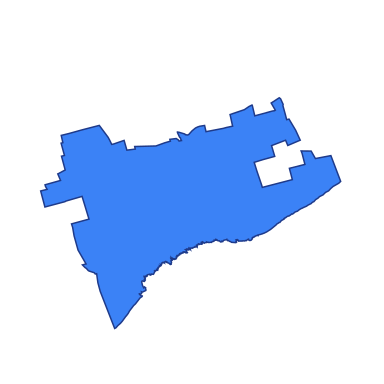 the district of San Felipe, Yucatán, Mexico, rotated 159°
{"feature_id": "50627088B38726210466963", "entity_name": "San Felipe", "entity_type": "district", "adm_level": 2, "iso_a3": "MEX", "parent_name": "Mexico", "parent_adm1": "Yucatán", "projection": "orthographic", "projection_center": [-88.314, 21.495], "detail": "fine", "context": "isolated", "style": "filled", "palette": "blue", "viewbox_px": 384, "rotation_deg": 159, "n_neighbors": 0, "source": "geoboundaries", "source_scale": "gbopen_adm2", "svg_char_len": 5987}
<svg xmlns="http://www.w3.org/2000/svg" viewBox="0 0 384 384"><g transform="rotate(159 192 192)"><path d="M313.1,92.3L311.6,92.5L309.0,93.9L305.9,95.0L303.3,96.4L298.1,99.8L297.8,99.8L295.0,101.6L293.0,103.3L287.2,106.9L284.9,107.8L278.5,111.7L276.1,112.3L275.7,112.7L275.8,112.9L276.3,112.8L276.5,113.0L277.7,115.3L277.7,115.8L277.4,115.8L277.0,115.4L276.8,114.9L275.5,115.3L275.0,116.9L274.6,116.3L270.4,116.6L270.0,117.5L269.9,118.9L269.6,119.3L269.9,119.7L270.1,119.7L270.4,120.4L271.4,119.9L271.7,122.5L271.2,126.1L270.5,126.8L270.0,126.7L268.7,125.6L268.1,125.8L267.2,126.5L267.3,126.8L268.0,127.1L267.9,127.4L267.6,127.7L267.3,127.6L266.9,127.9L266.8,128.4L266.6,128.2L266.5,128.6L267.1,129.8L267.0,130.3L266.6,130.0L266.2,130.2L265.7,130.2L265.4,129.7L265.2,129.8L264.9,129.5L264.5,130.0L263.9,129.7L263.6,130.6L262.5,130.7L261.3,130.1L260.9,129.6L260.7,129.8L260.5,129.6L260.4,130.0L260.1,129.6L259.8,129.5L259.2,129.6L259.1,129.8L257.6,129.0L257.2,129.2L255.6,130.7L255.2,131.3L255.3,131.8L254.8,132.0L254.3,131.7L254.3,131.4L253.9,131.6L252.9,131.4L252.7,132.5L252.3,132.4L252.4,132.1L252.0,131.6L251.6,132.7L251.3,133.1L251.0,132.8L250.9,133.1L250.6,133.2L250.3,133.9L249.3,133.8L248.7,134.2L248.7,134.6L248.4,134.3L248.0,134.7L247.6,134.3L247.3,134.5L247.3,135.5L246.7,134.9L246.5,135.1L246.6,135.5L246.1,135.6L245.6,136.0L245.6,136.5L244.5,136.8L244.2,136.7L243.9,136.1L243.6,136.2L243.3,135.8L243.3,136.3L243.0,136.2L242.9,136.5L241.5,136.6L241.4,136.0L240.9,136.1L240.4,135.5L240.7,135.2L239.0,133.7L238.3,132.2L238.0,132.0L237.4,132.0L237.4,132.8L236.8,132.9L236.4,133.5L236.3,135.3L235.3,135.5L235.4,136.3L235.0,135.8L234.9,136.4L235.3,136.8L235.4,136.7L235.5,137.3L235.2,137.8L235.2,138.2L235.1,138.4L234.9,137.5L234.5,137.1L234.3,137.3L234.1,137.1L234.2,136.8L234.1,136.7L233.9,136.9L233.7,136.3L233.5,136.5L232.8,136.2L233.0,135.7L232.9,135.6L232.7,135.9L232.4,135.9L231.9,135.3L231.1,135.3L231.0,135.5L230.7,135.4L230.2,136.0L230.1,136.6L229.7,136.3L229.3,136.8L229.0,137.2L229.1,137.8L228.8,138.0L228.6,137.4L228.2,137.2L228.0,137.3L228.0,137.7L227.1,137.6L226.8,137.7L226.9,138.0L226.5,138.1L226.0,137.9L225.9,138.1L225.4,138.2L225.5,138.8L224.9,138.7L224.8,138.9L224.6,138.9L224.2,138.3L223.7,138.4L223.6,138.7L223.0,138.8L222.9,138.5L222.4,138.3L222.2,138.9L221.6,139.3L221.0,138.6L220.5,138.8L220.0,138.0L219.7,138.1L219.6,137.5L219.1,137.4L219.0,137.2L218.5,136.9L218.0,137.1L218.1,137.4L218.4,137.4L218.6,137.8L218.3,138.8L218.2,139.8L218.6,140.5L217.4,140.2L217.5,140.0L216.5,139.3L215.8,139.1L215.6,139.1L215.6,139.3L216.0,140.0L215.5,139.7L215.2,140.3L215.1,139.9L214.3,139.5L214.1,139.0L214.0,139.6L214.3,139.6L214.5,139.9L214.0,140.4L213.8,140.0L212.5,139.9L212.3,139.6L211.4,139.3L211.0,139.8L209.2,139.5L208.9,139.9L208.3,139.4L207.3,139.2L207.1,138.9L207.0,139.6L206.6,139.4L206.4,139.7L206.9,140.7L206.2,140.8L205.4,140.5L204.6,141.4L204.0,141.0L203.8,140.4L202.9,140.4L201.5,139.7L201.2,139.8L201.0,140.1L201.5,141.3L201.4,141.7L201.2,141.7L201.3,141.4L200.3,141.1L200.0,141.6L199.4,140.9L199.4,140.3L198.9,139.8L197.8,140.0L196.5,139.6L196.0,139.7L196.0,139.9L195.5,139.4L195.0,139.4L194.6,138.9L193.4,138.5L192.9,138.5L191.7,137.9L191.0,138.5L190.4,138.5L189.9,138.2L188.9,138.3L188.6,138.7L188.6,139.0L187.2,138.5L187.1,139.3L186.9,139.4L186.4,138.9L186.1,138.8L185.9,138.6L186.1,138.3L185.6,137.5L184.4,136.7L183.9,136.6L183.3,135.2L182.9,135.0L181.6,134.8L181.5,135.3L181.0,134.9L180.9,135.1L180.4,135.1L179.8,135.5L179.2,135.5L177.2,135.2L176.6,135.4L176.4,135.3L176.6,135.0L176.3,133.9L175.5,133.8L174.7,132.5L173.9,132.0L173.2,130.9L169.2,129.0L168.4,129.2L168.4,129.8L168.6,130.4L167.4,130.7L167.4,131.2L167.6,131.5L166.8,131.4L166.4,130.4L166.1,130.3L166.2,129.5L162.3,128.1L161.9,128.2L160.6,127.5L159.9,127.4L159.6,127.6L158.7,127.1L157.2,127.7L156.1,127.7L156.2,126.8L155.8,126.2L155.1,125.9L154.2,125.8L153.6,126.0L153.1,126.5L152.5,126.6L152.2,127.6L151.7,127.9L151.0,127.6L150.6,127.8L150.0,127.7L149.7,128.1L149.2,127.9L148.4,128.2L147.0,128.0L146.8,128.2L146.2,128.1L145.9,127.6L145.7,127.8L145.6,128.2L142.7,127.8L142.2,127.9L141.2,127.7L140.4,127.9L139.9,127.7L136.5,128.0L131.7,129.0L125.1,131.2L124.3,131.7L122.5,132.0L121.8,132.3L120.9,132.1L118.8,133.3L115.8,133.7L115.2,134.0L115.4,134.3L115.1,134.4L113.8,134.6L113.5,134.5L112.2,135.0L110.7,135.1L110.2,134.8L109.5,135.0L108.3,135.2L106.8,135.8L106.3,135.4L105.4,135.5L102.8,136.4L100.4,136.3L98.3,137.0L96.2,137.4L94.8,137.4L93.3,137.6L90.2,137.7L88.3,138.2L84.9,138.5L83.7,139.1L82.8,139.3L81.7,139.3L79.3,140.6L76.6,141.1L74.6,142.0L70.5,142.4L69.1,143.1L67.3,143.8L64.1,144.1L61.3,145.5L58.3,146.6L51.8,147.6L49.4,148.6L49.3,176.2L64.8,179.0L66.1,187.5L75.4,191.2L75.4,188.6L76.7,177.3L92.6,179.2L93.9,167.6L124.7,171.1L124.5,173.4L123.9,188.6L123.3,197.4L114.2,196.8L102.0,195.6L101.1,206.8L86.1,206.8L85.9,201.1L72.4,201.6L73.1,212.5L75.3,225.3L77.7,225.6L77.1,230.7L76.2,239.9L75.5,241.2L75.9,247.3L76.8,248.7L86.2,246.7L84.9,238.5L85.7,238.3L88.1,238.8L106.1,240.6L104.7,251.1L104.8,251.7L108.1,251.4L113.6,250.1L128.7,250.7L130.5,238.9L136.8,239.9L140.0,240.2L157.3,243.3L156.4,249.6L161.2,250.6L163.3,250.7L165.8,250.5L170.0,249.1L174.5,246.8L175.7,246.8L177.7,247.9L177.9,248.7L182.7,252.4L184.1,253.2L184.3,252.7L184.0,248.2L183.9,247.4L183.6,247.1L183.4,246.6L183.6,245.7L183.4,243.8L185.8,244.2L186.1,245.5L187.6,247.6L193.8,249.1L194.0,247.2L199.8,247.7L209.2,247.9L229.2,255.0L229.6,252.4L237.8,254.4L236.9,264.5L248.0,264.9L249.9,265.2L250.3,269.9L250.7,273.1L254.7,287.4L272.3,289.4L285.9,290.7L293.8,291.7L294.9,284.3L296.7,284.5L298.0,271.8L301.0,272.2L302.5,258.0L310.8,257.0L310.6,249.9L326.6,251.4L326.8,249.8L326.3,246.4L332.9,247.2L334.7,230.7L314.1,228.5L312.8,228.7L296.2,227.3L297.9,203.6L315.9,205.4L316.1,201.8L317.8,193.3L319.2,178.6L316.7,162.8L320.4,163.2L319.0,159.9L318.0,158.5L317.0,155.8L316.3,155.0L312.1,151.6L311.7,150.1L310.3,149.9L312.4,140.9L313.3,132.2L313.1,92.3Z" fill="#3b82f6" stroke="#1e3a8a" stroke-width="1.5"/></g></svg>